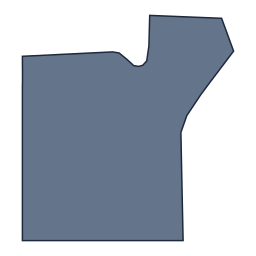 outline of A-Dakhla Oasis, Al Wadi at Jadid, Egypt
{"feature_id": "37247803B63195966732086", "entity_name": "A-Dakhla Oasis", "entity_type": "district", "adm_level": 2, "iso_a3": "EGY", "parent_name": "Egypt", "parent_adm1": "Al Wadi at Jadid", "projection": "mercator", "projection_center": [27.396, 24.837], "detail": "fine", "context": "isolated", "style": "filled", "palette": "slate", "viewbox_px": 256, "rotation_deg": 0, "n_neighbors": 0, "source": "geoboundaries", "source_scale": "gbopen_adm2", "svg_char_len": 471}
<svg xmlns="http://www.w3.org/2000/svg" viewBox="0 0 256 256"><path d="M221.6,18.3L149.7,15.4L148.9,45.9L146.7,61.0L142.7,65.3L138.7,66.4L133.7,65.6L126.6,59.1L119.1,53.0L112.7,51.9L22.4,56.3L22.4,57.9L22.5,71.7L22.5,82.3L22.4,85.4L22.4,95.6L22.4,109.1L22.4,121.3L22.4,128.9L22.4,139.0L22.4,154.5L22.4,163.3L22.4,240.6L183.1,240.6L181.6,167.9L180.9,132.4L186.8,115.6L200.6,94.9L208.7,84.0L233.6,51.1L221.6,18.3Z" fill="#64748b" stroke="#1e293b" stroke-width="1.5"/></svg>